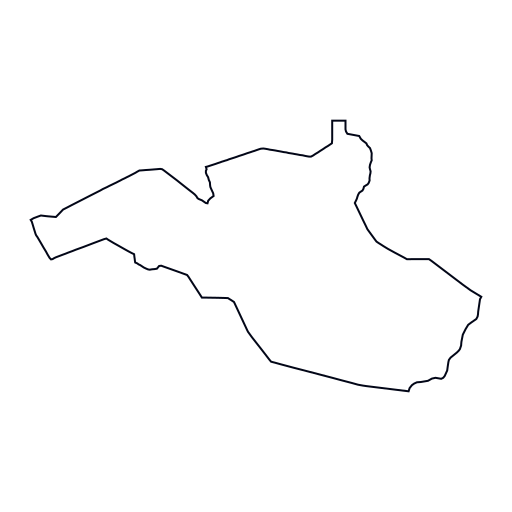 Matões, Maranhão, Brazil (Mercator projection)
{"feature_id": "56859067B60490474667229", "entity_name": "Matões", "entity_type": "district", "adm_level": 2, "iso_a3": "BRA", "parent_name": "Brazil", "parent_adm1": "Maranhão", "projection": "mercator", "projection_center": [-43.362, -5.379], "detail": "fine", "context": "isolated", "style": "outline", "palette": "ink", "viewbox_px": 512, "rotation_deg": 0, "n_neighbors": 0, "source": "geoboundaries", "source_scale": "gbopen_adm2", "svg_char_len": 3952}
<svg xmlns="http://www.w3.org/2000/svg" viewBox="0 0 512 512"><path d="M40.9,215.5L38.1,216.5L33.6,218.2L30.7,219.9L31.8,221.7L32.7,224.6L33.8,228.3L34.8,231.5L35.5,233.8L36.2,235.4L37.3,236.9L38.2,238.4L41.2,243.5L43.5,247.5L46.0,251.6L47.5,254.4L49.6,257.9L51.0,259.4L52.6,259.1L54.2,258.1L55.9,257.3L63.0,254.6L65.5,253.7L67.7,252.8L70.1,251.9L72.3,251.1L75.8,249.7L83.3,247.0L93.5,243.1L103.9,239.2L106.4,238.5L108.1,239.7L113.8,243.1L116.5,244.6L118.8,245.9L124.8,249.3L128.4,251.3L131.8,253.1L134.1,254.2L134.4,256.9L134.7,258.9L134.9,260.7L135.2,262.5L137.3,263.4L138.6,264.4L140.2,265.1L142.0,266.3L143.8,267.5L146.1,268.6L148.0,269.4L149.7,269.7L152.0,269.3L154.4,269.1L156.9,268.7L159.1,266.0L161.2,265.7L164.5,266.9L176.9,271.3L187.1,275.0L188.6,277.0L190.2,279.5L194.6,286.3L198.9,292.9L201.9,297.6L205.4,297.6L218.0,297.8L225.5,298.0L228.0,298.1L229.5,299.1L231.0,300.0L234.0,302.0L247.2,330.2L248.0,331.8L251.7,336.9L252.7,338.2L262.1,350.2L269.5,359.8L271.1,361.7L275.0,362.7L277.5,363.4L280.8,364.3L283.4,365.0L293.9,367.8L301.3,369.7L332.3,377.8L340.8,380.1L351.9,383.0L358.0,384.7L363.0,385.6L366.4,386.1L408.6,391.3L409.6,388.1L411.9,385.2L414.1,383.6L416.9,382.3L420.9,382.0L428.0,380.8L431.9,378.6L435.5,377.8L441.2,378.8L443.2,377.8L444.7,376.0L447.2,370.5L447.7,366.7L448.4,362.0L448.9,359.9L450.6,357.6L456.9,352.5L458.8,350.6L459.9,349.1L461.1,345.6L461.4,341.9L462.8,334.7L465.6,329.1L468.2,324.8L471.4,322.4L476.3,319.0L477.6,316.5L478.0,314.3L478.2,311.5L480.0,299.2L481.3,296.8L470.6,290.3L462.6,284.5L431.5,260.9L428.9,259.1L423.8,259.1L421.8,259.1L419.5,259.1L415.1,259.1L412.0,259.1L410.2,259.2L406.9,259.2L404.1,257.6L402.6,256.8L396.6,253.6L394.7,252.6L387.8,248.8L383.4,246.1L381.1,244.6L378.7,243.1L376.5,241.6L375.2,239.9L374.1,238.4L368.7,231.0L367.4,229.2L365.7,225.6L363.2,220.5L356.6,206.7L354.8,203.0L355.9,200.8L356.9,198.6L357.4,196.8L358.2,194.6L359.3,192.7L360.7,191.7L362.4,190.6L363.4,188.9L364.0,186.6L365.9,185.4L367.6,184.4L368.7,182.9L369.6,180.5L369.5,178.3L369.9,175.3L370.4,173.3L370.6,171.3L370.0,169.3L369.6,167.3L370.0,164.8L370.9,162.2L371.7,160.3L371.5,158.3L371.6,155.9L371.7,153.2L370.9,150.5L370.0,148.1L368.1,146.3L367.1,145.1L366.4,143.4L364.6,142.0L362.6,140.5L360.8,138.8L359.2,136.0L347.4,133.8L346.0,131.5L345.5,129.4L345.5,127.6L345.5,125.2L345.5,122.7L345.5,120.7L343.8,120.7L340.2,120.7L333.9,120.7L332.2,120.7L332.2,130.6L332.2,132.3L332.2,135.7L332.2,137.6L332.2,139.7L331.9,143.3L330.1,144.5L327.9,146.0L325.5,147.4L323.5,148.8L321.8,149.9L320.2,150.9L318.0,152.4L315.3,154.0L313.1,155.5L311.0,156.6L309.1,156.6L307.2,156.3L305.1,155.9L302.6,155.3L300.0,155.0L297.0,154.4L294.6,154.0L292.6,153.6L290.6,153.3L288.6,153.0L286.3,152.4L283.7,152.1L281.8,151.7L279.7,151.3L277.4,150.9L275.4,150.5L273.0,150.1L270.0,149.7L267.8,149.2L265.5,148.8L263.4,148.5L260.9,148.7L259.2,149.2L256.3,150.2L254.4,150.9L252.4,151.5L250.7,152.1L248.8,152.7L247.2,153.2L245.3,153.9L243.3,154.6L241.1,155.3L238.9,156.0L237.3,156.6L235.0,157.4L232.8,158.1L231.2,158.6L229.0,159.3L227.1,160.1L225.3,160.6L223.5,161.2L221.8,161.7L220.0,162.4L217.8,163.1L215.6,163.9L213.1,164.7L209.7,165.8L207.6,166.5L205.9,166.9L206.6,169.3L205.9,170.8L205.9,172.8L206.8,175.1L208.1,177.2L208.8,179.9L209.9,182.3L210.1,185.3L210.4,187.1L211.3,189.2L213.2,193.3L213.6,196.0L210.3,198.4L208.2,200.7L207.5,203.3L205.8,203.0L201.9,200.3L198.5,198.9L197.3,197.9L196.5,196.4L194.8,194.5L193.0,193.0L188.6,189.6L180.5,183.2L177.0,180.4L164.0,170.5L162.1,169.2L160.2,168.9L157.9,169.1L154.3,169.4L149.3,169.8L146.1,170.0L141.3,170.4L139.4,170.5L137.2,171.7L135.4,172.8L132.9,174.1L130.4,175.4L128.5,176.4L126.8,177.2L124.7,178.3L122.1,179.5L120.5,180.4L118.3,181.5L116.0,182.7L114.5,183.4L111.8,184.7L109.3,185.9L107.2,187.0L105.5,187.8L102.9,189.0L100.3,190.5L91.8,194.8L71.9,205.0L67.5,207.3L63.0,209.6L61.7,211.0L59.9,212.9L55.9,217.0L47.8,216.3L45.9,216.1L40.9,215.5Z" fill="none" stroke="#020617" stroke-width="2"/></svg>